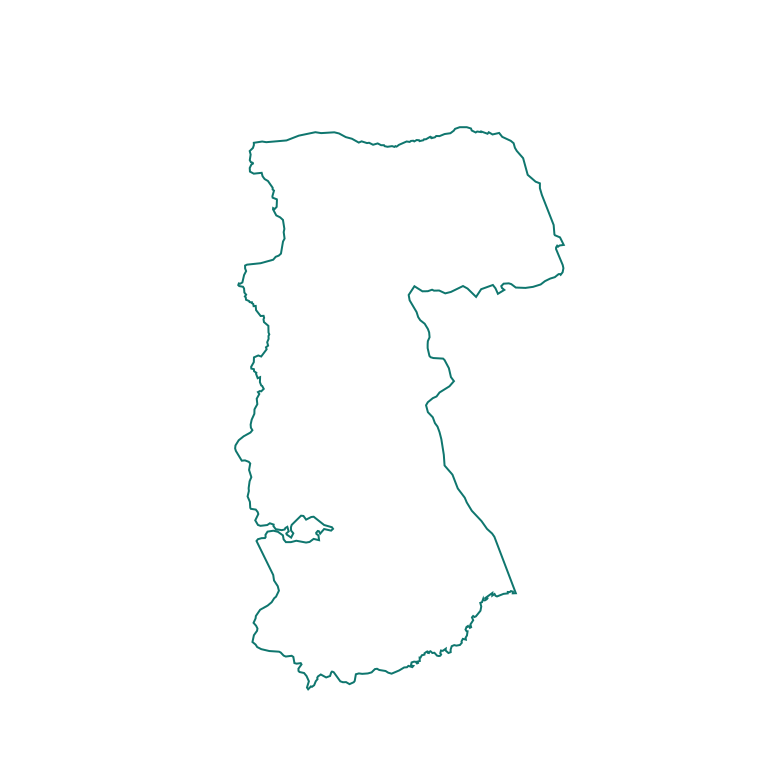 Kaliua, Tabora, United Republic of Tanzania, rotated 337°
{"feature_id": "72390352B29601163251764", "entity_name": "Kaliua", "entity_type": "district", "adm_level": 2, "iso_a3": "TZA", "parent_name": "United Republic of Tanzania", "parent_adm1": "Tabora", "projection": "albers", "projection_center": [31.783, -4.945], "detail": "fine", "context": "isolated", "style": "outline", "palette": "teal", "viewbox_px": 768, "rotation_deg": 337, "n_neighbors": 0, "source": "geoboundaries", "source_scale": "gbopen_adm2", "svg_char_len": 6154}
<svg xmlns="http://www.w3.org/2000/svg" viewBox="0 0 768 768"><g transform="rotate(337 384 384)"><path d="M290.8,235.5L289.7,234.7L288.5,236.0L289.0,237.3L292.2,239.4L292.5,241.4L291.2,245.3L292.0,247.9L290.1,249.1L290.6,250.2L289.9,252.5L292.2,254.9L292.3,256.1L294.3,257.2L293.9,257.8L294.9,259.2L294.4,261.4L296.4,262.0L295.1,266.0L297.0,273.2L299.8,274.2L299.5,276.3L298.4,277.3L297.7,280.1L300.3,285.3L297.8,291.5L297.8,293.5L296.4,294.7L295.4,297.4L292.8,299.9L292.3,303.4L289.7,304.1L289.5,306.2L281.7,310.7L279.4,308.6L274.7,308.7L272.7,313.0L268.4,316.3L267.9,318.0L270.0,319.5L269.4,321.5L270.9,323.8L270.2,324.6L270.0,329.3L272.6,329.3L270.5,333.8L270.4,337.3L271.1,338.2L271.4,341.5L268.1,342.8L267.0,342.0L264.8,342.2L265.3,344.5L261.1,347.8L259.5,353.1L254.9,356.7L253.0,360.8L248.3,365.1L245.4,369.2L244.4,372.2L244.8,375.1L242.1,376.5L234.4,377.3L228.3,379.0L223.3,382.5L221.8,385.1L221.5,387.7L223.1,399.0L226.2,400.0L229.1,402.8L229.8,404.9L226.2,410.4L225.5,417.9L222.3,421.0L218.7,427.0L217.8,429.7L214.5,434.2L214.5,440.1L212.5,445.7L212.7,446.9L216.9,449.5L217.7,452.5L217.5,454.6L212.2,459.2L212.9,464.5L214.9,466.3L221.4,468.2L224.5,467.6L227.5,470.3L226.7,471.6L227.6,475.3L232.8,478.6L235.7,479.1L237.0,478.0L239.2,477.7L238.7,482.4L235.7,483.4L235.6,484.5L238.5,489.1L242.2,486.0L241.2,482.6L242.3,479.6L244.0,477.6L256.2,472.8L258.3,474.0L259.3,478.4L265.1,478.0L267.4,478.7L273.8,490.4L280.1,495.5L280.5,497.4L278.0,498.3L272.2,494.1L266.8,496.8L266.5,494.0L265.6,493.4L263.4,494.5L263.2,495.6L264.5,497.8L263.2,502.4L258.7,499.1L253.8,500.3L250.3,499.5L242.0,494.0L236.6,493.2L231.9,491.2L230.9,487.8L231.8,483.8L228.6,478.6L224.8,475.8L219.1,474.4L216.0,476.5L215.2,478.7L214.2,479.3L211.2,478.1L207.3,477.6L205.3,478.7L207.4,516.5L206.0,521.9L207.2,528.6L206.5,533.2L201.5,537.6L199.2,538.3L195.3,541.0L190.3,542.5L181.8,543.4L175.4,547.5L174.2,549.6L170.6,552.9L171.8,556.5L172.0,559.6L170.7,561.6L166.1,564.4L162.1,570.1L164.0,573.7L164.5,576.6L167.4,580.1L174.1,585.0L182.8,589.4L184.0,590.8L185.5,594.8L187.1,596.5L192.8,598.1L193.9,599.8L192.5,605.9L194.3,607.3L198.3,608.4L198.5,609.9L194.0,612.6L193.2,614.7L193.7,616.1L197.5,618.8L198.6,622.6L198.7,628.3L194.5,633.3L194.9,635.4L198.6,633.8L199.3,634.6L202.0,634.0L205.1,630.9L207.5,629.7L207.7,628.4L208.9,627.4L212.3,626.7L216.1,631.5L220.3,631.7L222.3,629.3L223.5,628.4L224.2,628.7L225.1,629.7L227.6,640.6L229.7,642.5L232.6,643.6L235.0,646.8L239.6,646.7L241.0,645.9L244.7,640.2L247.8,640.6L250.7,642.3L256.0,644.1L259.9,644.6L264.2,642.9L266.3,643.4L267.9,645.4L273.3,648.8L275.1,651.4L277.8,653.6L286.0,653.6L291.8,652.8L294.5,653.7L296.3,653.0L299.4,655.7L300.8,655.0L298.8,653.6L300.6,651.1L303.2,651.3L304.6,652.1L305.2,654.1L306.3,654.1L306.4,652.6L308.7,653.0L309.9,649.7L310.7,650.1L312.8,648.5L315.5,648.9L316.1,647.7L318.6,647.1L319.4,647.2L319.3,648.6L320.2,649.2L321.1,648.2L322.4,648.2L323.4,650.5L325.4,651.1L326.7,654.8L328.3,655.9L329.7,656.1L330.9,655.3L330.6,653.8L332.3,651.6L333.8,652.6L337.4,651.8L336.6,653.4L338.2,656.8L340.6,656.9L341.5,654.6L343.9,651.8L346.6,651.8L348.4,653.1L351.9,653.9L354.5,652.6L354.8,651.2L357.0,649.4L359.5,651.3L360.0,649.4L362.1,647.9L364.3,644.3L363.4,643.8L363.1,641.9L365.0,639.9L366.5,639.6L366.4,640.3L368.1,640.4L367.9,642.0L369.2,641.9L369.6,639.1L373.8,636.3L373.8,633.2L375.4,632.4L376.2,633.8L377.8,633.8L384.2,630.4L386.6,626.8L387.1,623.1L389.0,623.1L391.3,620.6L391.1,621.8L392.2,622.6L394.5,622.3L395.3,621.8L393.7,620.6L402.1,618.7L401.0,621.1L403.7,620.5L403.9,622.5L405.0,623.7L412.1,623.9L416.1,625.1L416.7,623.8L418.4,624.7L419.9,624.2L421.5,625.5L420.7,627.0L423.6,628.1L425.9,567.8L425.1,563.9L422.2,557.6L420.2,548.3L415.3,535.0L413.9,525.4L413.9,520.2L411.1,509.0L411.6,494.2L407.9,482.7L411.4,472.5L415.2,457.3L416.3,450.0L416.6,444.1L415.6,439.9L415.9,433.7L413.4,427.1L414.4,420.0L417.2,417.9L423.4,416.1L427.5,416.0L431.8,413.5L443.3,411.7L449.5,408.7L448.3,403.8L449.9,394.8L449.1,385.6L448.3,383.7L439.6,379.4L437.4,377.6L436.8,375.9L438.2,368.0L439.6,364.7L441.1,361.7L444.2,358.8L445.7,354.2L445.9,350.6L445.0,344.4L442.3,339.5L441.6,335.8L442.1,330.5L440.3,317.0L441.5,311.7L450.2,305.9L455.6,313.7L460.6,315.7L465.1,316.0L466.5,317.6L471.3,319.5L475.8,324.5L481.5,325.4L495.0,324.7L498.2,328.8L502.8,339.8L510.5,334.7L522.9,335.4L524.0,339.5L524.1,345.5L531.5,344.4L530.1,341.7L530.2,339.7L533.3,338.4L538.2,340.1L540.2,341.8L543.0,346.7L551.7,350.8L559.1,352.8L567.1,353.6L572.4,352.2L578.2,351.9L583.0,352.4L587.6,351.1L589.0,351.6L589.3,352.5L592.1,350.9L594.4,347.5L595.0,344.3L595.1,327.0L595.8,325.5L597.4,324.4L597.8,325.6L599.7,325.1L603.8,326.2L603.3,317.8L599.5,313.9L599.3,313.0L602.3,303.9L603.2,271.6L604.0,264.7L605.9,260.2L602.6,257.0L598.0,247.6L600.3,230.5L597.3,221.4L596.8,217.7L597.4,213.0L595.7,209.7L589.4,202.7L588.1,197.9L581.4,196.7L578.8,193.2L577.1,194.1L572.1,189.5L571.7,190.0L568.4,188.0L566.7,188.3L563.8,184.9L563.9,182.8L560.6,180.0L554.1,177.2L549.1,176.9L547.2,178.1L543.1,179.1L537.5,177.6L531.9,177.5L529.0,176.1L527.3,176.8L524.6,176.4L524.3,175.7L523.6,176.0L523.1,174.5L518.3,175.1L516.4,174.4L515.5,175.0L511.6,174.3L511.5,173.3L509.4,172.2L506.6,172.5L506.0,171.5L503.8,170.8L502.2,171.2L499.6,169.6L491.1,169.7L489.0,170.3L488.0,170.3L487.4,169.5L486.2,169.8L484.4,168.2L479.9,167.0L477.5,165.3L477.3,164.2L474.7,163.1L472.2,160.1L467.4,159.5L464.5,156.1L462.5,155.6L458.2,151.9L455.1,151.9L450.3,145.7L445.3,141.8L440.5,135.8L436.6,132.9L424.2,128.5L419.2,125.4L402.6,122.1L389.4,121.7L370.1,115.4L366.6,113.2L358.4,111.1L357.6,113.2L355.6,115.5L351.4,117.1L350.9,120.7L347.9,125.5L348.1,127.7L349.6,129.1L349.5,129.9L347.6,130.2L344.8,132.7L343.6,136.1L346.3,139.5L353.9,141.8L353.4,145.4L354.2,148.7L356.5,151.8L358.2,159.9L357.5,161.4L358.3,163.0L354.6,167.6L354.3,169.0L357.5,172.1L357.3,172.9L354.4,179.0L351.7,180.2L350.7,178.8L350.1,179.8L350.7,186.7L353.5,190.0L355.1,193.5L352.9,202.3L351.0,205.0L349.3,211.3L346.7,213.4L340.1,223.7L337.3,224.7L334.0,224.6L330.6,226.3L317.6,224.6L304.5,220.6L302.4,220.7L301.3,223.4L301.2,226.2L297.8,229.0L293.3,235.2L290.8,235.5Z" fill="none" stroke="#0f766e" stroke-width="2"/></g></svg>